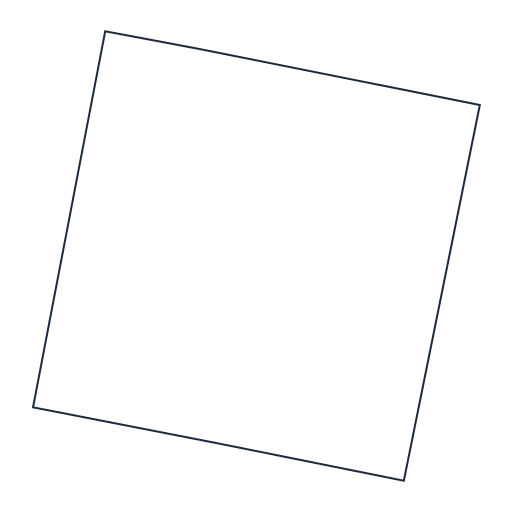 the district of Carroll, Iowa, United States of America, rotated 191°
{"feature_id": "52423323B39741133504454", "entity_name": "Carroll", "entity_type": "district", "adm_level": 2, "iso_a3": "USA", "parent_name": "United States of America", "parent_adm1": "Iowa", "projection": "orthographic", "projection_center": [-94.81, 42.036], "detail": "fine", "context": "isolated", "style": "outline", "palette": "slate", "viewbox_px": 512, "rotation_deg": 191, "n_neighbors": 0, "source": "geoboundaries", "source_scale": "gbopen_adm2", "svg_char_len": 244}
<svg xmlns="http://www.w3.org/2000/svg" viewBox="0 0 512 512"><g transform="rotate(191 256 256)"><path d="M446.0,64.9L258.2,64.8L68.0,63.6L65.1,446.9L351.4,448.4L446.9,447.8L446.0,64.9Z" fill="none" stroke="#1e293b" stroke-width="2"/></g></svg>